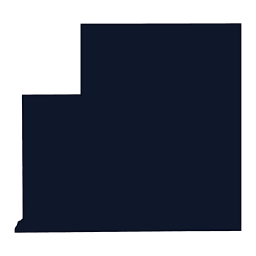 Peterborough, South Australia, Australia
{"feature_id": "25037944B63042885451223", "entity_name": "Peterborough", "entity_type": "district", "adm_level": 2, "iso_a3": "AUS", "parent_name": "Australia", "parent_adm1": "South Australia", "projection": "robinson", "projection_center": [138.942, -32.848], "detail": "fine", "context": "isolated", "style": "filled", "palette": "ink", "viewbox_px": 256, "rotation_deg": 0, "n_neighbors": 0, "source": "geoboundaries", "source_scale": "gbopen_adm2", "svg_char_len": 2002}
<svg xmlns="http://www.w3.org/2000/svg" viewBox="0 0 256 256"><path d="M240.6,230.2L240.6,196.4L240.6,177.7L240.6,145.1L240.6,144.4L240.6,130.4L240.6,128.6L240.6,111.1L240.6,106.4L240.6,85.4L240.6,73.3L240.6,48.2L240.6,43.5L240.6,32.6L240.6,32.4L240.6,28.7L240.6,24.1L236.0,24.1L231.3,24.1L224.2,24.2L221.5,24.2L218.4,24.2L213.4,24.2L209.5,24.2L203.9,24.2L198.5,24.2L194.5,24.2L184.7,24.3L180.0,24.3L175.7,24.3L167.6,24.3L164.6,24.3L159.7,24.3L153.8,24.3L147.8,24.3L141.7,24.4L135.1,24.4L129.6,24.4L127.9,24.4L125.5,24.4L115.9,24.4L110.8,24.4L106.5,24.4L97.0,24.4L92.3,24.4L86.1,24.4L81.3,24.4L81.3,31.9L81.3,48.2L81.3,85.5L81.3,95.1L73.8,95.1L67.7,95.2L67.4,95.2L56.3,95.2L51.1,95.3L45.3,95.3L39.0,95.3L34.4,95.3L29.7,95.4L22.7,95.4L22.7,97.0L22.7,101.0L22.8,107.2L22.9,124.3L22.9,134.2L22.9,138.8L23.0,140.3L23.0,146.1L23.0,148.6L23.0,151.2L23.1,166.3L23.2,166.6L23.1,173.3L23.2,178.3L23.2,181.7L23.3,190.3L23.3,193.6L23.3,194.8L23.3,197.1L23.3,201.7L23.4,219.1L22.4,219.5L20.9,221.1L19.1,221.6L18.5,222.2L18.4,222.4L17.9,224.3L17.6,225.2L17.5,225.3L17.1,226.2L16.1,227.4L15.4,228.9L15.4,231.9L20.0,231.9L26.9,231.8L33.9,231.8L35.2,231.8L35.3,231.8L40.3,231.7L42.5,231.7L42.8,231.6L43.0,231.6L43.3,231.6L43.7,231.7L43.8,231.7L44.0,231.7L44.6,231.7L45.0,231.7L45.3,231.7L45.5,231.7L45.9,231.7L46.0,231.7L46.3,231.7L46.5,231.7L46.9,231.7L47.2,231.7L47.6,231.7L48.2,231.7L48.3,231.7L48.7,231.6L48.8,231.6L49.1,231.6L55.7,231.6L55.8,231.6L62.1,231.6L69.3,231.5L70.1,231.5L74.0,231.4L78.2,231.4L81.1,231.4L81.5,231.4L85.5,231.3L92.7,231.3L99.4,231.2L99.9,231.2L100.2,231.2L100.7,231.2L101.1,231.1L101.3,231.1L101.7,231.2L102.0,231.1L111.0,231.1L116.4,231.1L121.4,231.0L126.4,231.0L128.1,230.9L132.1,230.9L137.8,230.9L142.3,230.8L149.1,230.8L155.1,230.7L159.1,230.7L164.4,230.6L167.9,230.6L175.6,230.5L181.4,230.5L186.4,230.4L190.3,230.4L196.6,230.4L201.7,230.4L207.9,230.4L211.7,230.3L218.5,230.3L224.1,230.3L228.7,230.3L232.3,230.2L240.6,230.2Z" fill="#0f172a" stroke="#020617" stroke-width="1.5"/></svg>